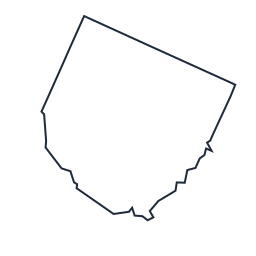 the district of Franklin, Tennessee, United States of America, rotated 204°
{"feature_id": "52423323B14887916577192", "entity_name": "Franklin", "entity_type": "district", "adm_level": 2, "iso_a3": "USA", "parent_name": "United States of America", "parent_adm1": "Tennessee", "projection": "natural_earth1", "projection_center": [-86.154, 35.175], "detail": "fine", "context": "isolated", "style": "outline", "palette": "slate", "viewbox_px": 256, "rotation_deg": 204, "n_neighbors": 0, "source": "geoboundaries", "source_scale": "gbopen_adm2", "svg_char_len": 580}
<svg xmlns="http://www.w3.org/2000/svg" viewBox="0 0 256 256"><g transform="rotate(204 128 128)"><path d="M195.4,76.7L172.3,64.1L163.0,65.1L155.2,56.4L151.6,56.0L150.5,52.1L106.2,43.6L93.1,51.8L91.8,56.8L86.3,50.7L79.0,53.3L72.6,51.7L68.5,56.7L74.3,61.0L70.6,73.7L59.1,90.0L61.3,98.1L53.9,101.1L56.7,113.7L50.1,119.0L50.1,129.4L47.2,134.4L48.3,141.0L42.3,141.1L49.8,146.8L47.8,149.9L47.8,157.1L47.2,198.6L47.6,211.1L50.3,211.2L141.4,211.8L213.6,212.4L213.7,180.7L213.6,152.7L213.7,107.8L210.2,106.4L197.4,82.6L195.4,76.7Z" fill="none" stroke="#1e293b" stroke-width="2"/></g></svg>